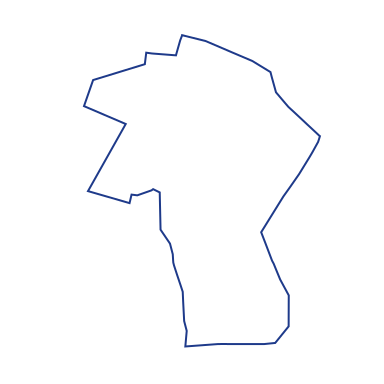 Imbaba, Al Jizah, Egypt, rotated 278°
{"feature_id": "37247803B14597497558400", "entity_name": "Imbaba", "entity_type": "district", "adm_level": 2, "iso_a3": "EGY", "parent_name": "Egypt", "parent_adm1": "Al Jizah", "projection": "albers", "projection_center": [31.208, 30.083], "detail": "fine", "context": "isolated", "style": "outline", "palette": "blue", "viewbox_px": 384, "rotation_deg": 278, "n_neighbors": 0, "source": "geoboundaries", "source_scale": "gbopen_adm2", "svg_char_len": 968}
<svg xmlns="http://www.w3.org/2000/svg" viewBox="0 0 384 384"><g transform="rotate(278 192 192)"><path d="M265.1,310.9L265.2,310.7L265.5,310.2L274.8,296.9L283.1,285.1L289.7,275.6L293.4,271.4L302.4,261.3L316.2,255.3L321.7,253.0L322.9,250.2L326.8,241.2L330.1,233.6L335.0,215.4L335.5,213.5L343.4,184.4L345.9,160.4L345.7,160.4L340.5,159.2L327.5,157.4L325.1,157.1L323.6,133.1L323.6,127.3L312.0,127.5L289.1,78.5L262.0,73.1L250.1,116.9L178.4,88.9L172.3,131.7L181.0,132.5L181.1,138.3L188.0,151.7L189.4,153.1L187.1,160.1L150.3,166.1L140.7,174.8L137.8,177.4L127.7,181.6L121.3,182.9L119.5,183.3L116.8,184.4L107.8,188.8L97.6,193.9L91.9,196.7L81.7,198.6L63.1,202.2L53.7,206.1L38.1,206.9L45.1,239.2L45.5,242.0L51.5,284.8L54.1,295.4L72.4,306.4L103.1,302.2L117.6,291.5L126.8,286.1L132.3,282.9L135.2,280.8L151.2,272.0L161.8,266.1L200.3,283.1L209.9,288.1L224.5,295.5L243.3,303.7L247.9,305.6L259.1,309.9L262.5,310.5L265.1,310.9Z" fill="none" stroke="#1e3a8a" stroke-width="2"/></g></svg>